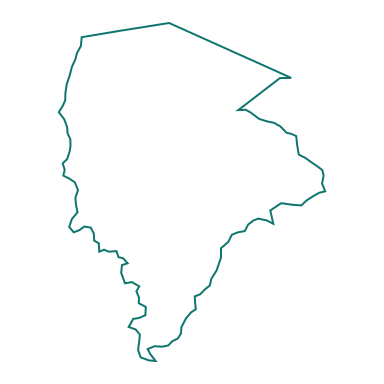 the district of Feira Nova, Sergipe, Brazil
{"feature_id": "56859067B67652621374936", "entity_name": "Feira Nova", "entity_type": "district", "adm_level": 2, "iso_a3": "BRA", "parent_name": "Brazil", "parent_adm1": "Sergipe", "projection": "robinson", "projection_center": [-37.332, -10.298], "detail": "fine", "context": "isolated", "style": "outline", "palette": "teal", "viewbox_px": 384, "rotation_deg": 0, "n_neighbors": 0, "source": "geoboundaries", "source_scale": "gbopen_adm2", "svg_char_len": 1600}
<svg xmlns="http://www.w3.org/2000/svg" viewBox="0 0 384 384"><path d="M291.2,77.9L169.1,23.0L162.1,24.1L119.9,30.8L81.7,37.2L80.9,46.0L76.9,53.3L75.3,59.5L71.9,66.9L69.5,76.1L66.8,83.9L65.4,93.0L65.2,100.4L62.8,105.8L58.8,112.2L64.2,119.2L67.1,127.0L67.6,133.4L70.3,139.1L70.5,145.9L69.7,151.3L67.1,159.2L62.7,163.4L64.7,169.9L63.3,175.6L69.2,178.6L74.8,182.3L78.0,190.2L75.4,197.7L75.9,204.1L77.5,212.3L71.9,219.0L69.2,226.9L73.7,232.3L79.3,230.2L84.4,226.5L90.8,227.7L93.8,233.6L94.2,240.6L98.8,243.3L99.3,251.7L104.1,249.7L108.9,251.7L116.4,251.1L118.5,257.1L123.3,258.4L127.6,263.3L122.0,265.1L121.2,272.8L123.1,278.1L125.0,283.3L131.9,282.1L139.3,286.4L136.4,291.2L139.0,297.6L138.8,303.3L145.8,306.9L145.4,315.2L139.3,317.9L133.2,318.9L128.7,327.0L135.6,329.4L139.9,334.6L139.1,342.2L138.1,350.1L140.7,357.4L148.9,360.4L155.6,361.0L150.3,354.1L147.6,349.1L154.6,346.2L162.1,346.7L168.2,345.5L172.2,341.3L177.8,338.5L180.9,333.6L181.5,327.0L185.8,318.7L190.9,312.5L195.8,309.2L195.1,302.4L194.8,296.4L200.1,294.3L205.0,289.3L209.8,285.5L211.3,278.8L216.7,270.3L218.6,264.5L221.0,257.5L221.0,248.2L228.2,242.0L231.9,234.7L238.0,232.3L244.7,231.1L248.2,224.5L253.4,220.5L258.3,218.6L267.0,220.5L273.3,223.8L270.3,210.4L281.2,203.2L292.7,204.8L301.4,205.4L306.6,200.4L314.3,195.5L319.1,192.8L325.2,191.3L322.0,183.5L323.6,175.6L322.3,170.1L316.2,165.5L311.3,162.2L305.0,157.7L298.8,154.6L297.2,145.3L296.2,136.1L291.4,133.9L286.6,132.8L280.5,126.5L274.0,122.8L267.9,121.6L259.1,118.9L250.6,112.5L245.7,109.8L238.3,110.1L279.9,78.1L291.2,77.9Z" fill="none" stroke="#0f766e" stroke-width="2"/></svg>